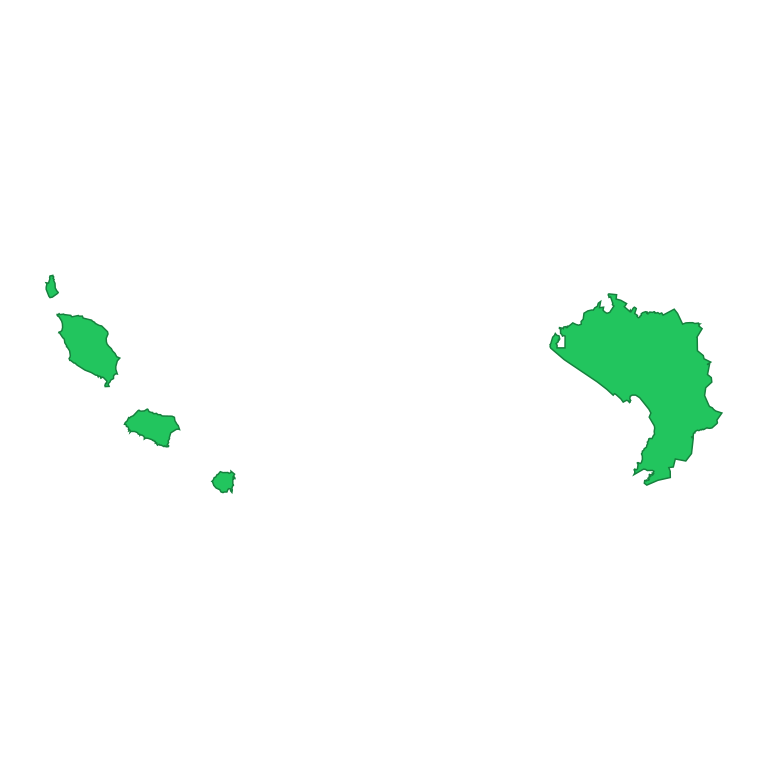 San Blas, Nayarit, Mexico (Natural Earth projection)
{"feature_id": "50627088B60863102587946", "entity_name": "San Blas", "entity_type": "district", "adm_level": 2, "iso_a3": "MEX", "parent_name": "Mexico", "parent_adm1": "Nayarit", "projection": "natural_earth1", "projection_center": [-105.887, 21.55], "detail": "fine", "context": "isolated", "style": "filled", "palette": "green", "viewbox_px": 768, "rotation_deg": 0, "n_neighbors": 0, "source": "geoboundaries", "source_scale": "gbopen_adm2", "svg_char_len": 6048}
<svg xmlns="http://www.w3.org/2000/svg" viewBox="0 0 768 768"><path d="M721.9,413.0L715.7,411.0L713.7,409.5L712.3,407.8L709.7,406.6L709.0,405.7L704.6,395.6L705.7,387.7L711.8,382.1L711.3,377.6L707.5,374.5L709.6,363.9L707.0,364.6L710.7,362.1L704.0,358.8L703.3,355.6L697.4,350.7L697.2,337.7L696.8,337.4L702.1,328.7L699.0,326.1L699.3,325.9L698.7,324.7L699.8,324.0L698.8,323.9L698.5,323.1L694.8,323.5L692.8,322.7L689.4,322.7L685.9,322.9L682.6,324.1L677.5,313.4L674.2,309.2L663.1,315.1L661.7,313.0L659.5,313.8L657.8,312.6L656.5,313.1L655.7,312.7L655.2,313.1L654.7,312.9L654.5,311.8L654.1,311.7L652.7,312.4L650.1,312.1L650.2,312.4L647.7,313.2L647.7,313.8L646.8,313.4L646.7,312.9L647.2,312.1L645.6,311.7L642.6,312.7L641.2,313.9L641.3,315.4L640.0,316.2L639.6,317.3L638.3,317.7L637.0,316.2L637.4,315.4L634.7,313.5L636.3,308.6L635.3,307.7L634.3,307.2L633.2,308.2L631.2,311.4L630.4,310.2L630.0,311.7L624.3,306.7L625.7,305.1L625.7,304.1L626.1,304.3L626.6,303.6L620.8,300.3L616.1,299.0L616.6,294.7L608.9,293.9L608.3,294.3L608.3,295.2L608.8,296.0L609.0,297.4L610.6,297.0L612.8,303.3L612.4,304.7L613.9,306.0L609.7,312.4L606.9,313.3L604.4,311.7L603.0,310.1L603.6,307.2L599.5,307.7L600.6,301.5L598.3,303.2L597.3,306.4L594.8,307.8L593.3,310.1L591.7,310.0L587.8,310.9L584.0,313.2L583.2,319.2L581.1,321.5L581.3,324.2L578.7,325.2L576.1,324.5L572.8,322.9L570.3,325.0L568.4,326.3L567.7,326.2L567.5,327.5L566.3,327.6L566.1,326.6L563.8,327.0L563.4,328.2L563.2,327.8L562.7,328.3L559.5,327.6L559.4,328.5L560.9,329.5L560.5,330.4L560.6,333.4L561.6,334.2L562.5,336.1L563.8,335.6L565.1,336.1L565.0,347.9L557.0,347.9L557.1,345.2L556.1,343.7L558.2,341.8L558.3,340.0L558.7,339.6L559.1,340.0L559.4,339.5L559.0,339.1L559.7,338.8L559.0,335.9L556.7,335.2L555.3,333.5L554.5,335.3L552.7,337.2L550.8,343.6L550.0,344.8L550.4,345.5L550.1,346.7L550.8,348.2L564.3,359.7L597.4,382.0L606.8,389.3L613.2,395.2L614.5,393.7L615.9,394.4L620.9,398.9L623.2,402.1L626.5,400.3L627.9,400.7L629.3,402.3L629.5,401.5L630.2,401.8L630.2,401.0L630.7,400.5L629.8,398.8L630.2,396.3L632.2,395.1L635.7,395.1L639.7,397.7L648.9,409.2L650.9,413.0L649.2,417.1L654.3,425.8L654.7,428.1L654.2,431.4L654.5,434.4L653.5,435.4L652.0,438.6L649.8,438.4L648.9,438.8L648.1,441.6L647.3,442.1L647.7,443.9L646.9,445.0L646.4,447.3L644.3,448.6L643.6,450.4L642.4,451.1L642.2,452.9L641.5,453.9L642.3,455.9L642.4,459.3L641.4,462.5L640.4,463.5L638.0,462.6L637.4,462.8L637.5,463.7L638.1,464.2L637.5,468.6L636.7,469.8L634.7,469.1L634.1,469.9L634.7,470.4L634.8,473.0L634.0,474.6L643.6,469.1L645.5,469.4L647.3,470.5L652.5,470.4L653.9,471.3L653.3,472.4L653.6,473.3L652.5,473.2L653.1,474.3L652.6,475.0L652.1,475.2L651.5,474.5L650.4,475.1L649.1,474.0L649.7,475.4L649.3,475.9L650.3,476.6L648.9,477.3L648.7,478.4L648.0,478.4L648.4,479.2L649.2,479.3L648.7,480.2L646.4,480.0L646.4,480.8L644.7,480.6L644.3,483.2L646.8,485.1L657.9,480.3L670.3,477.5L670.2,471.3L668.8,467.6L673.3,467.0L675.3,459.0L685.8,461.0L691.5,453.6L693.2,438.5L693.2,437.1L692.0,437.6L691.7,437.0L693.2,436.2L693.5,433.3L695.0,432.8L695.0,431.6L697.3,430.2L698.9,430.6L701.1,429.5L701.7,429.9L702.8,429.2L703.6,429.6L707.1,427.7L707.6,428.1L709.8,428.3L712.0,427.9L717.0,423.5L717.4,422.8L716.9,420.1L721.9,413.0ZM60.0,314.6L59.1,313.7L58.4,314.5L57.1,314.5L57.1,315.0L57.6,315.9L59.2,317.0L61.7,321.2L62.4,323.7L62.6,327.4L61.9,330.5L60.4,331.8L59.1,332.0L58.8,332.7L59.5,332.8L62.9,337.9L63.8,338.4L64.4,339.8L64.8,342.8L66.7,345.8L66.5,346.7L67.4,347.3L69.6,350.8L70.3,355.4L70.1,356.9L69.1,358.5L69.8,360.4L70.8,360.5L73.9,363.0L75.0,363.1L77.1,365.1L85.0,370.1L91.2,372.5L95.6,375.1L97.4,375.3L98.2,376.8L98.6,376.0L100.6,376.5L100.5,377.6L100.9,378.2L102.3,377.1L103.4,377.5L106.9,381.1L106.6,383.0L106.0,383.6L105.6,383.4L105.3,384.2L104.9,385.6L105.2,386.6L109.1,386.4L108.3,384.4L108.5,383.4L110.1,381.8L110.4,380.7L111.2,379.8L113.5,378.6L113.6,375.6L115.7,373.7L117.3,374.0L115.8,369.3L115.8,366.5L117.3,360.9L119.8,358.1L116.7,356.7L115.0,353.4L112.6,351.0L111.3,348.6L108.7,346.2L107.0,343.9L106.4,341.8L106.2,338.3L108.0,334.0L107.5,331.7L101.7,326.0L98.9,325.3L95.3,323.4L94.6,322.3L92.3,321.1L91.7,320.2L83.2,318.1L82.3,316.1L79.2,316.2L78.4,315.5L72.1,316.8L71.5,316.6L70.8,315.4L64.3,314.6L63.7,314.1L60.0,314.6ZM149.0,411.6L147.9,409.4L147.2,409.1L144.4,410.9L141.2,411.2L139.9,410.9L139.0,410.2L138.1,410.6L133.3,415.7L130.5,417.0L129.5,418.0L128.7,417.6L127.1,421.0L125.3,422.5L124.5,424.3L126.0,424.5L126.5,426.5L127.3,426.4L128.1,427.2L128.8,428.9L128.5,429.3L129.1,429.7L128.8,430.8L129.9,430.2L130.4,431.1L130.1,432.3L131.0,431.4L134.8,431.5L137.5,432.7L138.3,434.1L139.9,434.4L139.9,435.3L140.4,434.9L141.5,435.0L142.2,435.4L142.1,435.9L142.5,435.4L143.7,436.2L144.4,437.5L144.3,439.0L145.6,438.1L148.0,438.3L152.1,439.7L152.5,440.4L153.7,440.4L154.1,441.2L155.3,441.5L155.3,443.1L156.2,442.7L156.8,443.1L156.6,443.8L157.5,445.2L159.1,444.3L159.9,445.2L161.1,445.1L164.0,446.6L164.8,445.9L165.9,446.7L166.4,446.2L166.8,446.8L168.2,446.7L168.7,446.0L167.4,444.5L168.6,442.6L168.1,441.0L169.5,438.7L169.3,437.6L170.7,432.9L176.2,429.4L178.2,429.1L179.5,429.5L178.2,425.6L177.0,424.3L174.9,420.7L174.4,417.3L172.0,416.2L162.2,416.0L160.5,414.7L157.7,414.6L156.6,413.4L153.7,413.7L153.0,413.3L152.7,412.5L151.1,412.4L149.0,411.6ZM234.6,474.2L231.0,471.2L231.1,472.4L229.1,473.4L227.9,472.5L222.9,472.6L220.3,471.7L218.1,474.4L217.1,474.6L215.7,477.1L214.2,477.6L213.3,480.0L211.9,481.4L212.5,481.7L213.8,485.4L216.1,488.0L219.8,489.7L221.0,491.9L223.0,492.6L224.3,492.0L226.9,492.0L227.9,489.5L228.9,488.6L230.3,488.9L230.6,490.8L231.9,492.4L232.3,490.0L231.9,488.2L232.6,485.9L233.4,485.4L233.3,484.6L232.8,484.0L232.8,479.6L233.4,479.3L233.0,477.9L233.7,477.3L234.9,478.5L235.0,478.2L234.0,476.7L233.6,477.1L233.2,476.6L234.6,474.2ZM52.7,275.4L50.0,276.0L49.6,277.6L49.9,278.8L48.5,283.1L46.1,282.8L46.9,284.1L46.2,287.1L46.2,289.3L48.9,296.2L50.0,297.6L52.4,297.1L57.7,293.3L58.2,292.4L56.7,290.7L55.2,287.9L55.0,283.3L53.7,280.6L54.1,279.4L53.1,278.4L53.7,277.0L53.3,276.2L52.7,276.1L52.7,275.4Z" fill="#22c55e" stroke="#15803d" stroke-width="1.5"/></svg>